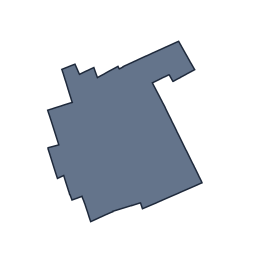 the district of Dragalina, Calarasi, Romania, rotated 334°
{"feature_id": "2599482B45268650673873", "entity_name": "Dragalina", "entity_type": "district", "adm_level": 2, "iso_a3": "ROU", "parent_name": "Romania", "parent_adm1": "Calarasi", "projection": "mercator", "projection_center": [27.403, 44.443], "detail": "fine", "context": "isolated", "style": "filled", "palette": "slate", "viewbox_px": 256, "rotation_deg": 334, "n_neighbors": 0, "source": "geoboundaries", "source_scale": "gbopen_adm2", "svg_char_len": 4284}
<svg xmlns="http://www.w3.org/2000/svg" viewBox="0 0 256 256"><g transform="rotate(334 128 128)"><path d="M170.5,209.7L170.6,208.2L170.6,205.9L170.6,204.3L170.5,202.2L170.6,201.9L170.6,200.1L170.6,197.9L170.6,197.6L170.6,197.2L170.6,196.3L170.6,195.4L170.6,193.2L170.5,192.3L170.6,191.4L170.6,190.0L170.6,189.5L170.5,188.1L170.5,187.0L170.5,186.5L170.5,184.9L170.5,183.4L170.5,181.3L170.5,179.4L170.5,178.7L170.5,177.2L170.5,175.1L170.5,174.1L170.4,173.1L170.4,172.1L170.4,170.6L170.4,167.9L170.4,165.9L170.4,163.6L170.4,160.1L170.4,158.5L170.4,157.7L170.4,156.9L170.4,156.6L170.3,152.6L170.4,151.9L170.4,151.4L170.4,151.0L170.4,150.3L170.4,146.4L170.4,144.9L170.3,142.2L170.4,138.8L170.3,134.3L170.3,128.7L170.3,127.0L170.4,125.4L170.3,121.8L170.2,120.4L170.2,119.2L170.2,117.7L170.1,115.8L170.1,114.9L170.1,113.9L170.0,110.9L169.9,107.4L169.8,103.4L169.7,100.5L169.7,98.1L170.4,98.1L171.5,98.1L172.5,98.1L173.8,98.1L175.4,98.1L176.7,98.1L177.6,98.1L178.5,98.0L179.2,98.1L180.3,98.0L181.2,98.0L182.2,98.0L183.6,98.1L184.6,98.1L185.7,98.1L186.4,98.1L187.0,98.1L187.5,98.1L187.9,98.1L188.0,98.1L188.3,98.3L188.4,98.5L188.5,100.7L188.8,105.8L189.0,105.9L190.8,105.8L194.2,105.6L196.2,105.6L197.3,105.5L197.8,105.4L197.8,105.5L198.3,105.4L199.0,105.4L199.4,105.4L200.2,105.4L201.3,105.3L202.6,105.3L204.0,105.2L205.2,105.1L206.1,105.1L206.9,105.1L207.7,105.0L208.4,105.0L208.9,105.0L209.7,105.0L210.6,104.9L211.6,104.9L212.3,104.9L213.1,104.8L213.5,104.8L213.4,103.6L213.1,99.0L213.0,97.4L212.9,96.9L212.8,95.3L212.8,94.1L212.6,91.6L212.6,91.2L212.6,90.4L212.5,89.5L212.5,88.8L212.4,88.6L212.4,88.1L212.4,87.8L212.4,87.7L212.4,87.3L212.3,86.7L212.3,86.3L212.3,86.1L212.2,84.9L212.2,83.9L212.1,83.3L212.1,82.9L212.1,82.6L212.0,81.5L212.0,80.6L211.8,78.3L211.8,76.9L211.7,76.1L211.6,74.0L211.5,72.3L211.4,72.3L210.0,72.2L206.8,72.1L202.3,72.0L199.4,71.9L199.2,71.9L198.1,71.9L197.7,71.8L196.2,71.8L191.2,71.7L189.8,71.6L188.1,71.6L186.2,71.5L185.8,71.5L184.7,71.5L183.4,71.4L182.1,71.4L180.1,71.4L175.9,71.3L175.8,71.2L167.3,71.0L166.1,71.0L164.3,71.0L163.1,70.9L160.1,70.9L157.5,70.8L156.4,70.8L154.9,70.8L153.2,70.7L152.4,70.7L151.2,70.7L150.3,70.7L150.2,70.8L150.1,71.0L146.4,71.1L146.1,71.0L146.0,70.8L146.0,69.9L146.0,69.1L146.0,68.2L144.0,68.3L141.5,68.4L139.0,68.5L135.8,68.6L132.3,68.8L130.1,69.0L126.6,69.1L122.6,69.3L123.3,62.8L123.8,58.7L120.4,58.6L116.8,58.6L115.6,58.5L111.9,58.5L110.5,58.5L109.3,58.5L108.5,58.5L107.9,58.5L108.0,55.1L108.1,53.3L108.3,47.4L107.2,47.3L103.9,47.0L103.4,47.0L101.3,46.8L100.4,46.8L99.6,46.7L98.3,46.6L97.0,46.5L95.6,46.4L94.2,46.3L94.1,47.5L93.9,48.5L93.8,49.4L93.7,50.4L93.5,51.6L93.3,52.8L93.2,53.3L93.2,53.8L93.1,54.3L93.0,54.8L92.8,56.1L92.6,57.5L92.5,58.1L92.5,58.6L92.3,59.7L92.2,60.4L92.1,61.2L91.7,63.3L91.6,64.2L91.4,65.3L91.1,67.0L91.0,68.1L90.9,68.7L90.8,69.1L90.7,69.7L90.6,70.4L90.4,71.7L90.2,73.0L90.0,74.4L89.8,75.8L89.4,78.2L89.1,80.6L86.4,80.1L84.3,79.8L82.4,79.5L80.4,79.2L78.0,78.9L77.6,78.9L77.2,78.8L72.0,78.0L70.6,77.8L69.0,77.6L67.4,77.4L66.9,77.3L66.5,77.2L64.8,77.0L63.8,76.8L63.6,76.8L63.5,77.6L63.4,78.3L63.3,78.8L63.2,79.6L62.9,82.1L62.4,85.6L62.1,87.9L60.6,98.1L58.5,112.3L58.4,112.8L57.7,112.7L53.0,111.8L51.0,111.4L47.5,110.7L47.2,111.2L47.0,111.7L46.1,117.9L44.7,127.1L43.3,136.5L42.7,140.9L42.5,142.4L49.4,142.5L48.3,149.5L47.3,156.5L47.2,157.1L47.1,157.7L46.9,159.3L46.8,160.3L46.5,161.6L46.4,162.4L46.4,162.5L46.5,162.7L46.6,162.9L46.7,163.0L46.5,163.9L46.4,164.8L46.3,166.2L46.1,168.2L46.7,168.2L47.2,168.3L48.3,168.4L49.3,168.5L50.9,168.7L51.7,168.8L53.2,168.9L55.1,169.1L56.7,169.2L56.5,170.4L56.4,171.5L56.3,173.6L56.2,174.6L56.0,176.2L55.9,177.8L55.7,179.0L55.5,180.5L55.3,182.0L55.1,183.3L54.9,185.2L54.8,185.9L54.1,190.4L53.7,193.5L53.4,195.8L56.5,195.9L61.2,196.0L61.4,196.0L63.5,196.0L63.9,196.0L65.1,196.1L65.5,196.1L65.8,196.1L70.8,196.2L71.1,196.3L73.0,196.3L74.6,196.4L75.1,196.4L75.4,196.4L77.6,196.6L77.7,196.2L91.2,198.3L97.0,199.2L97.3,199.2L97.3,199.4L100.3,199.8L106.3,200.7L106.4,200.8L105.6,206.9L113.1,207.3L118.9,207.6L119.6,207.7L119.8,207.7L120.1,207.7L121.7,207.7L124.2,207.8L125.2,207.8L125.6,207.9L126.3,207.9L127.3,207.9L136.7,208.3L144.7,208.7L145.4,208.7L146.0,208.7L146.6,208.7L157.7,209.2L168.7,209.6L170.5,209.7Z" fill="#64748b" stroke="#1e293b" stroke-width="1.5"/></g></svg>